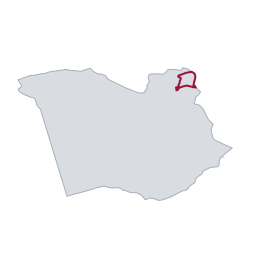 where Yumbe sits in Uganda, rotated 73°
{"feature_id": "UGA-3086", "entity_name": "Yumbe", "entity_type": "District", "adm_level": 1, "iso_a3": "UGA", "parent_name": "Uganda", "parent_adm1": "", "projection": "robinson", "projection_center": [31.315, 3.455], "detail": "fine", "context": "in_parent", "style": "outline", "palette": "rose", "viewbox_px": 256, "rotation_deg": 73, "n_neighbors": 0, "source": "natural_earth", "source_scale": "10m", "svg_char_len": 2665}
<svg xmlns="http://www.w3.org/2000/svg" viewBox="0 0 256 256"><g transform="rotate(73 128 128)"><path d="M175.5,206.3L172.3,206.3L167.2,206.3L162.0,206.3L156.8,206.3L151.7,206.3L146.5,206.3L141.3,206.3L136.1,206.3L131.0,206.3L125.8,206.3L120.6,206.3L115.5,206.3L110.3,206.3L105.1,206.3L99.9,206.3L94.8,206.3L89.6,206.3L86.6,206.3L85.9,206.2L85.5,206.1L83.6,206.5L81.6,207.9L79.4,208.5L77.1,208.3L76.8,208.4L75.7,208.4L74.0,208.3L72.5,208.7L71.3,210.0L70.1,212.1L68.0,214.6L66.3,216.8L64.9,218.4L61.7,221.0L60.0,221.7L59.1,221.6L58.5,221.1L57.5,217.8L56.9,217.3L50.6,219.0L49.7,219.0L49.8,218.0L49.3,210.2L49.2,205.5L50.1,202.5L50.5,199.1L50.6,196.1L51.7,190.9L51.3,187.8L52.8,177.0L53.2,175.3L53.8,170.1L54.7,168.4L55.5,167.8L56.6,164.6L58.6,159.5L60.1,156.9L59.8,151.1L60.0,147.2L60.3,146.3L63.4,144.9L67.3,141.2L69.0,137.0L71.3,134.3L75.9,132.5L89.4,117.9L95.7,110.0L98.4,106.0L98.5,104.5L99.0,102.6L97.9,101.1L96.6,99.8L96.2,98.5L95.1,97.9L93.5,97.9L92.4,97.0L91.2,95.3L90.0,94.1L86.1,94.2L83.2,92.4L83.2,90.0L84.4,85.1L86.6,79.5L86.7,78.0L86.4,76.7L85.9,75.6L84.9,74.4L83.9,73.1L84.7,69.1L86.1,65.2L87.2,63.2L88.4,61.0L88.0,59.2L86.4,58.3L87.2,56.6L89.0,53.6L92.5,50.6L95.5,48.6L97.5,48.6L101.5,50.2L105.0,52.1L107.0,52.2L109.4,51.4L114.3,48.0L115.5,49.1L116.9,51.1L118.5,54.5L121.5,56.0L123.0,57.1L124.1,57.4L124.7,57.1L125.9,54.5L127.3,53.0L129.9,51.2L135.7,49.8L139.8,49.3L141.6,49.0L144.5,48.2L149.1,45.5L153.7,49.0L158.6,49.6L163.4,49.6L164.9,48.6L165.7,47.7L170.8,42.0L177.6,34.3L182.1,45.2L183.7,45.8L183.4,46.8L183.1,47.7L186.0,50.3L189.7,51.7L191.0,53.1L191.1,54.5L189.9,60.9L190.1,62.7L191.3,69.1L193.5,70.5L195.4,77.0L199.3,79.7L199.9,80.5L200.8,83.6L202.0,87.0L202.9,87.8L203.5,88.0L204.6,91.6L204.0,93.7L204.9,99.8L206.3,105.4L206.7,112.0L206.8,114.9L206.7,116.7L206.4,119.2L205.7,120.6L204.4,122.0L203.1,124.2L201.9,126.6L201.1,127.8L201.7,131.4L201.6,132.3L201.2,132.8L199.5,133.3L197.2,134.3L195.8,135.2L193.9,137.0L192.3,139.0L190.3,144.7L186.8,149.2L186.3,150.7L183.0,153.4L181.6,156.7L180.7,160.7L179.4,163.6L176.7,167.6L176.1,173.9L176.1,186.4L175.4,200.7L175.5,206.3Z" fill="#d9dde1" stroke="#a8b0b8" stroke-width="1"/><path d="M106.3,52.9L106.6,52.6L107.0,52.1L107.5,51.8L108.9,51.5L108.1,53.7L106.6,55.9L104.6,59.4L104.3,62.9L104.5,67.3L106.3,69.7L106.0,70.6L103.4,70.2L103.3,68.7L102.7,67.3L101.9,67.1L101.2,66.9L100.8,66.1L100.3,65.6L98.8,65.1L97.6,64.1L97.0,63.5L96.2,63.2L95.5,63.0L94.9,63.4L94.6,64.2L94.1,64.7L93.3,64.9L92.6,64.2L92.5,60.5L92.2,56.9L92.6,52.6L93.1,50.4L93.3,50.3L94.1,49.6L95.2,48.6L95.9,48.4L97.3,48.4L98.5,48.6L99.7,49.0L102.1,50.5L105.8,52.7L106.3,52.9Z" fill="none" stroke="#9f1239" stroke-width="2"/></g></svg>